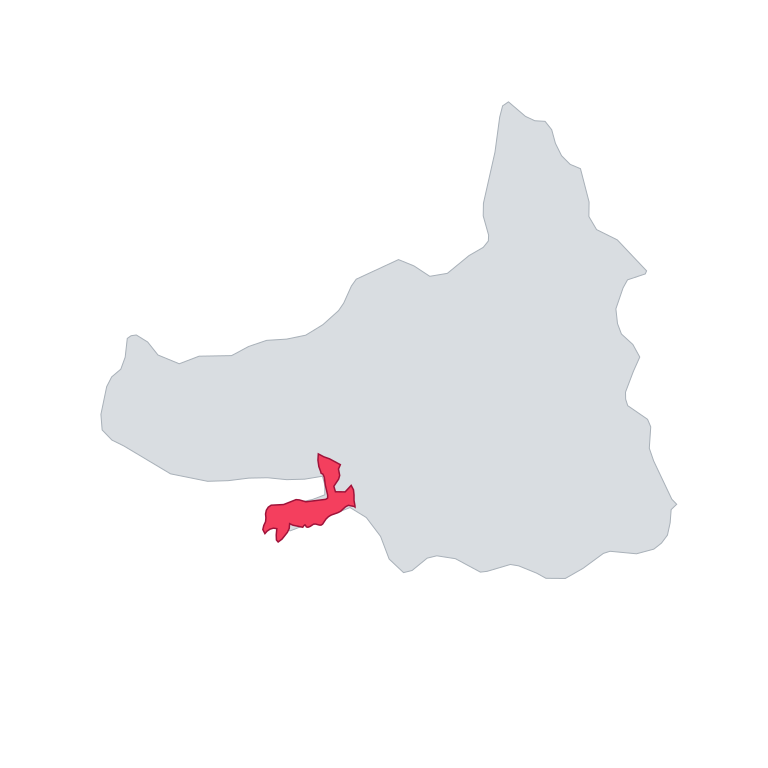 Dominican Republic, with Samaná highlighted, rotated 164°
{"feature_id": "DOM-1983", "entity_name": "Samaná", "entity_type": "Province", "adm_level": 1, "iso_a3": "DOM", "parent_name": "Dominican Republic", "parent_adm1": "", "projection": "equal_earth", "projection_center": [-69.507, 19.186], "detail": "fine", "context": "in_parent", "style": "filled", "palette": "rose", "viewbox_px": 768, "rotation_deg": 164, "n_neighbors": 0, "source": "natural_earth", "source_scale": "10m", "svg_char_len": 2489}
<svg xmlns="http://www.w3.org/2000/svg" viewBox="0 0 768 768"><g transform="rotate(164 384 384)"><path d="M135.8,536.8L136.7,502.4L140.9,488.5L137.1,473.8L120.0,458.2L109.6,438.1L100.4,420.4L102.5,417.8L121.2,417.0L127.7,410.5L140.4,392.3L142.9,377.7L142.0,366.6L133.9,353.4L130.7,339.4L140.9,327.3L154.1,309.6L155.9,302.8L155.7,296.0L140.4,277.4L139.4,269.3L146.7,249.1L146.0,235.7L139.1,193.9L135.8,187.7L142.6,184.1L147.2,171.7L153.2,160.6L161.1,154.6L170.1,150.9L188.1,151.2L212.8,160.9L219.8,160.7L243.6,151.9L263.3,147.1L281.9,152.6L289.4,160.1L304.7,172.1L312.3,175.7L336.5,175.5L343.2,176.6L363.5,196.4L380.6,204.3L390.5,204.7L408.4,197.0L417.2,197.3L427.3,214.3L429.3,238.5L437.8,260.5L450.7,274.6L514.8,268.7L529.1,280.3L524.2,289.9L515.2,295.0L484.7,292.7L471.4,293.8L468.7,303.4L468.6,312.3L486.5,314.4L504.0,318.9L521.8,326.0L539.9,330.8L560.3,334.0L580.4,339.1L614.0,356.5L651.1,396.1L661.0,405.1L667.6,417.5L664.5,432.8L651.3,457.9L643.8,465.9L632.9,470.8L625.4,481.1L618.2,498.6L613.8,500.1L608.6,499.4L599.6,489.5L593.3,474.2L575.3,459.9L554.1,461.7L522.7,453.3L503.7,457.4L484.8,458.3L465.3,454.0L445.8,452.5L426.3,457.9L407.4,467.1L400.4,472.9L388.3,487.2L381.8,492.4L335.8,499.6L322.6,489.2L310.3,474.9L292.6,472.9L266.9,484.0L250.9,488.0L244.3,492.7L242.4,498.2L242.3,518.2L238.6,530.3L213.4,576.3L199.2,608.7L193.3,618.7L186.6,620.9L174.3,602.3L166.5,595.5L156.8,592.1L152.7,582.2L152.9,568.1L150.4,554.5L144.5,543.8L135.8,536.8Z" fill="#d9dde1" stroke="#a8b0b8" stroke-width="1"/><path d="M445.8,273.7L446.4,274.5L451.7,277.2L454.8,276.6L460.8,273.6L463.9,273.0L470.9,272.6L473.9,271.8L477.1,270.1L481.7,266.2L483.4,265.7L485.0,266.2L488.3,268.2L490.3,268.7L494.1,267.5L495.7,267.3L496.6,267.3L497.4,267.6L498.1,268.2L498.3,269.4L498.8,270.4L499.9,270.0L501.6,268.7L510.5,273.4L513.2,275.8L514.9,271.3L517.8,268.0L524.8,263.0L529.3,261.3L530.4,263.7L529.2,268.6L526.9,274.5L530.0,275.9L533.5,275.9L536.9,274.8L539.7,273.0L540.6,277.5L538.6,281.1L535.8,284.3L534.4,287.9L533.7,291.7L531.9,295.1L529.2,297.5L525.9,298.6L513.7,295.8L500.4,297.1L497.3,295.9L491.6,292.3L471.8,289.2L469.6,289.9L468.8,292.7L468.3,302.6L467.1,311.0L467.6,314.2L469.1,315.6L469.0,317.1L469.4,322.6L468.5,329.0L466.4,334.9L461.9,330.6L457.0,327.1L452.6,322.8L448.2,318.5L451.2,314.8L451.8,308.3L453.9,305.0L456.3,303.0L460.4,299.5L460.4,293.8L451.1,291.0L443.5,295.6L442.5,290.7L443.4,285.6L444.9,280.4L445.5,274.8L445.8,273.7Z" fill="#f43f5e" stroke="#9f1239" stroke-width="1.5"/></g></svg>